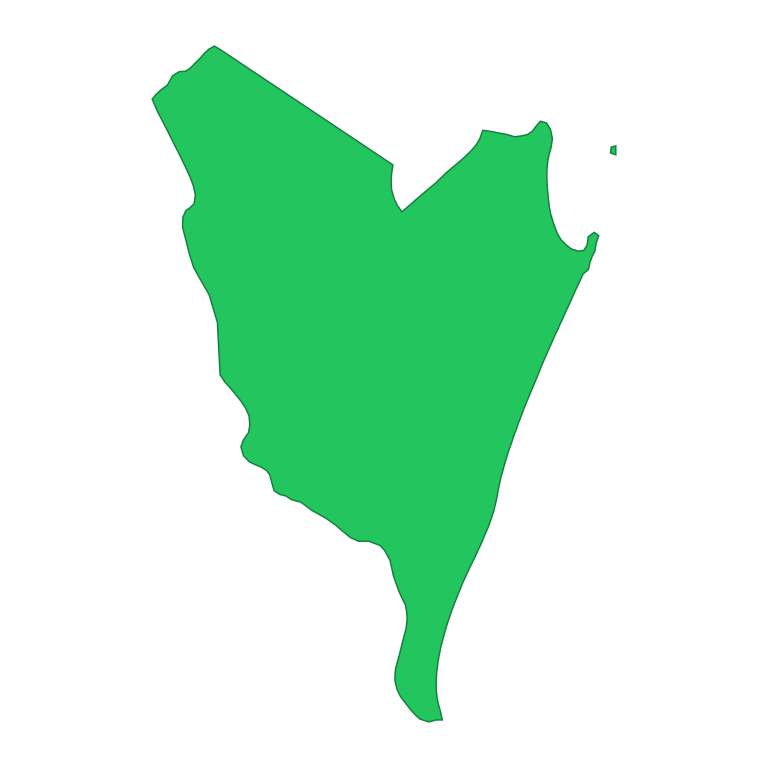 São Francisco do Sul, Santa Catarina, Brazil (Equal Earth projection)
{"feature_id": "56859067B10973410912110", "entity_name": "São Francisco do Sul", "entity_type": "district", "adm_level": 2, "iso_a3": "BRA", "parent_name": "Brazil", "parent_adm1": "Santa Catarina", "projection": "equal_earth", "projection_center": [-48.617, -26.291], "detail": "fine", "context": "isolated", "style": "filled", "palette": "green", "viewbox_px": 768, "rotation_deg": 0, "n_neighbors": 0, "source": "geoboundaries", "source_scale": "gbopen_adm2", "svg_char_len": 2663}
<svg xmlns="http://www.w3.org/2000/svg" viewBox="0 0 768 768"><path d="M340.2,529.2L350.6,537.7L358.8,541.3L368.7,541.2L380.1,545.5L384.6,550.4L390.0,560.3L391.8,568.3L393.5,576.1L398.3,589.7L401.8,597.7L405.4,604.8L406.6,611.3L407.2,619.0L406.1,628.4L402.9,640.4L399.4,654.8L395.7,668.0L395.0,674.5L394.9,680.6L397.1,689.6L400.6,696.8L410.4,709.4L414.3,713.8L419.8,719.0L428.9,721.9L436.0,720.0L442.3,719.9L440.5,711.6L438.2,703.6L437.1,697.7L436.2,689.4L436.2,681.2L436.7,672.5L438.0,662.2L439.1,655.4L441.0,646.4L443.7,636.1L446.1,627.7L448.3,620.6L450.9,613.0L452.9,607.4L455.0,602.1L458.4,593.6L462.3,583.8L466.6,574.5L469.7,567.7L473.9,559.4L477.9,550.6L481.6,542.9L484.2,536.4L489.0,525.2L493.6,511.6L495.0,505.8L496.5,499.6L498.2,490.0L500.4,479.6L503.0,469.9L505.0,462.8L507.8,453.5L511.5,442.9L514.1,434.8L516.4,429.3L518.3,423.2L520.6,417.7L524.1,408.0L528.6,397.3L532.3,388.3L535.4,381.1L538.3,374.1L541.2,366.6L545.1,357.6L547.9,351.2L551.7,342.8L555.2,334.7L557.9,329.2L560.2,323.8L562.9,318.2L565.3,312.8L567.7,307.5L570.7,301.1L573.6,294.5L576.0,289.2L578.7,283.6L583.0,274.1L588.5,269.4L589.8,263.0L592.2,256.2L594.8,251.4L596.1,243.6L598.7,235.6L594.3,232.4L588.3,236.6L587.1,244.9L583.9,250.4L578.4,251.2L571.0,248.8L565.9,244.6L561.3,240.1L557.4,233.7L555.3,228.2L553.3,222.6L550.9,214.9L549.4,207.3L548.5,199.9L547.5,189.4L547.0,182.6L546.8,175.6L547.0,168.1L547.7,161.6L549.0,154.8L551.1,147.4L552.4,138.7L550.4,129.1L546.3,122.8L540.3,121.3L535.7,126.7L532.3,131.3L527.4,134.5L522.0,135.8L514.7,136.8L506.8,134.5L499.8,133.2L490.1,131.3L482.8,130.3L479.5,139.5L476.3,144.6L472.2,149.6L467.2,154.6L462.4,159.1L446.1,172.9L435.7,183.0L425.7,191.3L418.3,197.6L412.9,202.4L406.6,207.8L402.0,211.8L397.4,205.6L394.3,199.1L391.6,189.8L391.1,181.4L391.5,174.3L392.9,164.9L220.9,50.0L214.4,46.1L208.9,49.2L204.2,53.5L200.1,58.3L195.1,63.2L190.0,68.4L185.2,71.3L179.4,71.6L172.6,75.8L167.4,85.1L161.3,89.6L156.0,94.5L152.2,99.1L155.1,106.1L157.4,111.3L163.9,123.9L166.6,129.0L176.1,148.1L178.9,153.3L183.8,163.6L187.2,170.7L190.3,177.5L193.2,185.3L195.4,194.7L194.1,203.6L190.3,207.5L185.8,210.7L182.9,217.2L182.6,226.9L184.3,234.1L186.5,242.4L188.6,251.4L193.7,267.7L209.1,294.7L217.4,322.4L220.1,374.8L224.9,382.1L231.8,389.7L241.3,401.6L245.5,407.9L249.0,415.7L249.8,424.5L248.6,432.5L243.2,440.3L240.9,446.8L243.5,455.8L249.3,461.8L254.8,464.5L261.1,467.1L266.6,470.5L269.7,474.8L271.7,482.2L274.2,490.9L279.9,494.5L286.0,496.0L291.5,499.7L295.9,500.9L300.4,502.0L304.5,504.8L311.5,510.2L326.2,518.4L336.4,525.7L340.2,529.2ZM615.8,145.9L611.2,147.1L610.5,152.9L615.8,154.8L615.8,145.9Z" fill="#22c55e" stroke="#15803d" stroke-width="1.5"/></svg>